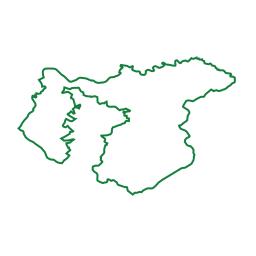 Nghia Dan, Nghệ An, Vietnam (Equal Earth projection), rotated 87°
{"feature_id": "81297802B96353597468260", "entity_name": "Nghia Dan", "entity_type": "district", "adm_level": 2, "iso_a3": "VNM", "parent_name": "Vietnam", "parent_adm1": "Nghệ An", "projection": "equal_earth", "projection_center": [105.406, 19.354], "detail": "fine", "context": "isolated", "style": "outline", "palette": "green", "viewbox_px": 256, "rotation_deg": 87, "n_neighbors": 0, "source": "geoboundaries", "source_scale": "gbopen_adm2", "svg_char_len": 5791}
<svg xmlns="http://www.w3.org/2000/svg" viewBox="0 0 256 256"><g transform="rotate(87 128 128)"><path d="M158.4,63.0L156.2,64.0L153.5,63.7L151.7,64.5L149.4,66.6L149.1,68.2L148.0,70.1L144.7,72.0L142.7,71.5L141.5,70.4L139.8,67.0L139.0,67.0L134.6,69.7L133.4,71.3L131.7,75.1L130.2,76.3L128.3,76.9L128.0,75.0L126.0,72.4L124.1,69.3L123.3,68.5L118.9,67.7L116.3,65.9L115.2,66.0L113.3,67.0L109.8,71.9L109.3,71.9L108.3,71.4L104.3,68.7L103.7,67.7L103.7,65.2L104.7,61.8L102.1,56.9L100.9,54.0L100.6,52.6L100.8,51.4L100.8,50.7L100.5,50.3L98.4,48.9L94.0,43.0L94.0,42.6L95.7,40.5L95.2,39.3L94.9,37.7L95.7,36.0L95.8,34.7L95.3,32.6L94.7,31.3L94.5,29.9L94.0,28.7L93.2,27.4L92.0,26.0L90.7,23.5L89.2,22.1L87.9,19.2L87.3,18.9L83.4,18.7L82.2,20.5L81.9,23.0L81.5,23.2L80.6,22.9L79.9,22.2L79.1,22.6L78.2,27.4L76.1,29.0L75.4,30.0L75.1,34.0L74.9,34.3L74.3,34.4L74.4,35.7L73.1,36.2L72.7,37.2L71.0,37.8L70.3,39.2L69.9,40.9L68.2,41.9L67.9,42.5L68.0,43.0L68.5,43.6L68.4,44.7L67.6,47.7L67.0,48.3L65.2,48.4L64.3,50.3L63.3,50.5L63.5,52.9L63.2,53.3L62.3,53.7L62.6,54.6L62.3,55.5L61.8,55.8L61.3,55.8L61.6,57.0L62.4,58.8L62.0,60.6L61.6,61.0L64.6,64.3L64.7,65.0L63.9,66.2L63.7,66.8L63.9,69.3L64.7,70.9L65.8,71.8L66.0,72.1L65.9,72.7L65.5,73.2L63.0,75.5L63.0,76.3L63.5,77.2L65.7,77.5L67.6,77.2L68.2,77.5L68.2,77.9L68.0,80.1L67.0,83.8L66.6,86.6L66.3,87.2L65.0,88.5L64.7,89.1L64.6,89.8L65.1,90.5L65.5,90.4L66.0,89.4L66.8,88.8L67.5,88.8L68.4,89.9L69.4,92.4L69.6,93.8L67.9,96.8L67.7,97.5L67.8,98.2L68.2,99.1L68.7,99.7L69.5,99.9L71.6,99.0L72.1,99.1L72.5,100.0L72.4,101.4L71.0,104.3L71.1,105.7L72.2,107.3L73.4,107.2L74.9,107.7L75.7,108.6L75.8,109.3L75.5,111.6L74.2,113.1L73.1,113.1L72.3,113.6L72.0,114.4L72.0,116.7L70.4,120.4L69.7,120.8L67.2,119.9L66.5,120.2L66.7,121.0L67.6,122.9L65.9,125.8L64.7,131.7L65.7,132.2L66.1,132.1L67.0,130.5L67.5,130.3L69.5,132.9L71.8,133.9L72.1,133.7L72.5,132.5L72.8,132.4L74.2,133.9L75.3,135.9L75.7,137.7L76.3,139.0L76.5,142.3L76.7,143.3L77.3,144.2L80.2,147.2L80.6,148.1L81.2,150.2L81.3,152.5L81.4,155.1L81.1,156.6L80.6,157.8L78.9,160.1L78.6,161.1L78.7,162.3L76.3,167.3L75.3,172.7L75.5,174.4L77.2,177.0L78.7,181.7L78.8,182.3L78.5,184.0L73.1,189.0L71.2,191.6L66.1,196.3L65.4,197.3L64.8,199.2L64.4,204.8L64.4,207.2L65.1,208.8L65.8,209.5L66.8,210.0L68.0,210.2L71.1,210.0L73.1,209.5L75.3,214.4L79.1,212.0L81.3,211.5L82.2,211.6L82.0,209.1L83.0,208.2L83.6,208.2L85.3,210.6L86.3,210.9L87.2,212.8L88.9,213.5L89.2,215.6L88.6,217.5L89.3,217.5L89.7,218.8L90.7,218.5L91.5,217.9L92.0,217.9L92.5,218.1L92.7,218.6L92.4,219.3L92.0,219.6L92.0,220.4L91.2,220.4L90.9,220.7L90.8,221.4L91.1,221.8L92.6,222.1L93.5,222.1L94.8,221.5L98.6,219.3L100.7,219.1L102.8,220.6L103.9,221.7L105.6,221.6L106.6,222.8L108.0,225.5L108.6,226.2L112.0,228.1L114.8,231.1L117.5,233.3L120.5,235.1L122.7,237.3L124.8,235.1L125.3,233.5L125.8,232.8L126.4,232.5L128.1,232.5L131.8,230.7L133.5,229.1L135.4,226.6L137.0,223.5L138.8,221.5L143.7,215.2L144.8,214.6L147.7,212.3L151.5,211.1L153.4,210.2L154.1,209.4L155.5,206.6L155.7,204.4L156.0,203.6L158.2,200.9L158.8,199.7L159.4,198.1L159.7,195.8L156.7,193.2L156.3,192.2L154.6,189.9L152.3,188.0L150.3,190.8L148.5,188.9L148.0,187.8L147.0,186.9L146.1,187.7L144.6,187.9L144.6,188.8L140.9,190.4L140.0,190.3L139.5,186.6L137.6,184.2L136.7,182.6L136.4,182.9L136.4,183.5L137.2,187.8L137.3,191.0L137.1,192.8L135.0,195.2L133.3,191.4L130.7,186.5L130.0,186.3L129.2,186.4L128.8,186.1L128.8,183.3L128.4,182.9L124.7,186.7L122.7,188.1L124.0,190.2L123.9,190.9L123.3,192.2L122.6,192.8L122.1,192.9L121.7,192.8L119.9,191.3L118.2,190.5L117.1,190.3L115.7,189.3L117.8,185.7L118.3,184.4L117.9,182.7L116.1,180.1L115.8,181.2L112.7,185.8L111.3,187.5L110.9,187.4L110.5,187.1L110.2,185.7L108.4,184.0L110.8,181.6L110.5,180.6L107.9,181.3L106.3,182.1L104.9,180.4L104.5,180.2L104.6,179.1L104.9,178.1L105.9,175.8L105.5,175.7L104.3,176.8L104.0,176.5L104.2,174.9L103.7,174.6L102.8,174.5L102.2,174.7L102.2,175.0L103.4,178.1L103.4,179.1L103.0,179.6L96.5,181.1L95.6,182.2L95.2,183.3L94.7,183.4L91.7,182.1L89.6,184.7L88.7,186.2L89.6,191.6L89.1,191.9L88.7,191.6L86.6,189.9L84.1,189.4L85.8,185.2L86.2,183.7L85.9,183.1L85.4,182.5L85.1,180.8L85.2,175.7L85.4,174.9L88.8,173.2L89.9,171.4L90.1,170.8L92.8,170.6L94.0,167.8L94.3,166.5L94.5,163.7L95.1,163.2L94.6,160.6L94.6,159.1L95.6,157.0L100.4,157.0L101.6,156.0L102.6,154.8L101.9,152.4L102.1,150.4L101.7,150.1L100.6,148.0L104.4,147.8L105.8,145.9L106.0,139.9L107.2,138.3L109.8,135.6L109.3,133.8L109.1,130.8L108.5,129.1L109.6,127.4L110.6,125.3L110.8,125.2L111.4,125.5L111.5,125.9L111.4,126.8L111.5,128.1L111.9,129.2L111.5,131.5L111.9,131.8L112.6,131.6L113.6,130.6L115.3,131.0L115.8,130.1L115.7,128.7L118.1,128.6L118.5,126.6L121.1,126.7L120.8,128.5L120.9,129.4L121.4,130.3L122.3,130.5L123.0,131.1L123.3,133.2L124.3,135.0L125.3,139.0L126.0,140.6L126.5,143.0L128.0,143.9L131.6,144.5L132.6,145.0L133.4,146.1L134.2,149.4L134.2,155.0L134.7,154.9L135.4,154.3L137.1,152.0L137.7,151.5L138.5,151.4L139.9,152.2L140.5,152.1L141.3,151.2L142.1,149.5L143.8,150.1L144.0,151.5L147.0,152.6L149.4,153.0L150.7,152.8L152.2,153.5L155.1,156.6L155.7,156.9L156.2,156.5L158.6,156.9L160.1,155.4L160.7,155.5L162.2,157.1L164.0,159.4L164.1,159.7L163.9,161.8L164.0,162.9L164.7,165.1L165.1,165.3L168.1,165.4L170.0,163.8L171.3,161.9L172.9,161.0L173.8,160.9L177.7,161.4L178.5,161.3L179.2,160.9L181.0,157.6L181.7,155.8L181.2,154.4L181.2,152.6L180.7,151.7L179.9,151.3L178.4,151.2L178.2,150.7L178.6,149.2L179.9,147.5L179.8,147.0L179.3,146.2L179.3,145.2L181.8,142.0L183.8,141.2L184.3,140.7L186.7,134.7L187.2,132.0L189.9,131.7L190.8,131.3L194.7,126.7L193.0,124.6L193.2,122.6L192.4,119.6L192.8,117.9L191.1,116.0L189.6,112.6L189.3,111.3L189.6,107.5L189.3,106.3L187.3,103.5L184.1,100.4L181.6,96.5L171.1,76.9L170.8,75.5L170.7,73.6L170.3,72.4L167.1,66.5L163.7,64.4L161.5,63.8L160.1,63.8L158.4,63.0Z" fill="none" stroke="#15803d" stroke-width="2"/></g></svg>